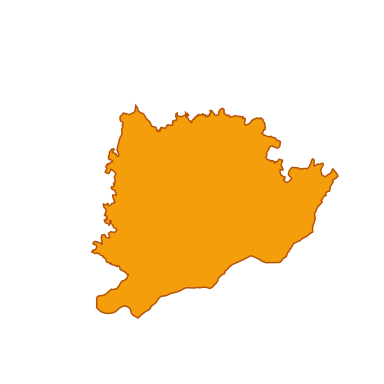 Bougouriba, Bougouriba, Burkina Faso (Albers equal-area conic projection), rotated 333°
{"feature_id": "67063806B9563364372336", "entity_name": "Bougouriba", "entity_type": "district", "adm_level": 2, "iso_a3": "BFA", "parent_name": "Burkina Faso", "parent_adm1": "Bougouriba", "projection": "albers", "projection_center": [-3.423, 10.888], "detail": "fine", "context": "isolated", "style": "filled", "palette": "amber", "viewbox_px": 384, "rotation_deg": 333, "n_neighbors": 0, "source": "geoboundaries", "source_scale": "gbopen_adm2", "svg_char_len": 6072}
<svg xmlns="http://www.w3.org/2000/svg" viewBox="0 0 384 384"><g transform="rotate(333 192 192)"><path d="M181.2,89.4L178.0,94.0L176.6,94.6L171.3,94.7L166.8,90.5L164.1,91.7L162.4,91.9L160.7,94.9L160.7,96.6L161.7,97.9L161.7,99.7L160.0,101.1L160.1,102.5L157.9,104.3L155.7,108.8L151.9,111.5L144.2,120.4L144.4,121.0L143.6,125.8L142.8,126.6L141.8,126.5L141.4,123.3L139.2,120.3L139.5,119.8L140.9,119.5L142.0,118.6L141.3,117.6L139.6,117.4L136.5,119.2L135.5,120.9L133.7,122.5L132.7,124.4L133.3,125.7L134.9,126.9L135.4,128.3L135.1,128.8L133.6,128.5L131.0,129.2L129.7,128.7L129.4,129.7L128.7,128.9L126.7,130.3L127.1,132.3L123.7,134.8L123.8,135.4L125.8,137.6L126.3,137.6L128.0,136.4L128.7,136.4L129.9,134.9L130.4,135.0L132.3,139.4L132.3,141.3L129.5,143.6L128.7,147.5L125.8,148.9L125.5,150.3L126.1,150.3L125.1,151.2L123.2,151.6L122.5,150.8L122.1,151.1L121.9,153.0L124.3,155.8L123.6,156.9L123.7,159.0L123.1,160.4L120.2,158.7L119.9,158.8L119.3,159.8L118.9,162.7L119.1,163.9L118.4,165.0L118.8,165.9L117.9,166.4L115.5,165.8L114.4,166.5L111.9,166.7L111.5,166.0L111.9,164.3L111.6,163.9L109.1,164.2L107.7,162.5L106.9,164.2L106.7,165.9L107.4,167.7L107.4,169.3L103.4,173.2L104.8,173.8L104.8,175.6L104.2,175.6L103.8,176.1L104.4,177.4L104.2,177.9L102.8,178.1L101.7,177.0L101.3,177.0L100.9,177.7L100.9,180.2L102.8,182.1L103.1,183.9L104.9,182.5L105.6,180.2L106.8,180.7L105.8,182.6L106.0,184.8L106.7,185.9L106.0,187.2L106.0,188.0L108.1,190.9L107.5,192.0L104.9,192.8L104.1,192.6L101.8,190.6L98.7,191.0L98.3,194.6L97.8,195.2L96.9,195.1L94.7,193.2L95.0,190.9L94.5,190.2L92.5,189.4L91.1,190.3L89.4,194.1L88.6,197.3L87.8,197.6L87.6,196.5L85.1,193.6L83.3,192.0L81.6,191.9L80.3,193.2L81.3,194.7L82.4,195.3L82.3,197.5L81.7,198.2L79.6,199.7L77.1,198.8L75.5,199.9L76.9,201.1L76.9,202.0L77.9,202.9L79.7,203.3L81.3,205.1L82.1,207.1L83.6,208.4L83.2,209.7L84.7,211.8L84.2,215.7L86.9,218.3L85.6,218.3L87.3,219.0L87.4,220.0L87.9,220.7L89.3,221.5L91.6,224.5L92.5,224.0L93.3,224.4L93.4,226.5L92.9,228.3L96.1,233.1L96.7,235.3L97.9,236.8L97.4,237.3L96.6,237.4L94.8,239.5L90.6,240.0L89.6,239.6L88.7,239.8L87.0,240.5L84.3,242.8L83.0,242.8L81.3,244.0L77.3,243.1L75.9,242.0L68.3,243.9L65.6,243.6L61.5,242.2L60.2,242.3L58.7,243.7L54.6,251.7L54.9,253.3L56.7,257.6L59.6,260.5L63.0,262.6L66.9,263.7L69.2,263.9L74.8,262.6L77.6,262.4L78.9,262.4L81.7,263.9L84.0,267.9L83.0,272.5L83.5,275.0L86.7,279.8L92.2,278.2L97.4,277.3L98.8,277.6L99.9,277.0L101.0,277.3L102.1,276.8L103.4,275.4L109.6,274.2L114.8,271.4L116.4,270.9L122.4,272.6L126.7,272.7L132.0,274.0L137.1,274.6L141.5,274.4L144.1,275.0L150.6,278.7L152.4,279.0L156.0,281.1L157.7,281.5L161.5,283.4L164.0,286.0L166.5,286.1L172.9,283.9L175.0,282.6L175.8,281.4L177.3,280.3L182.3,279.1L183.1,279.6L183.9,279.5L185.7,277.5L187.6,277.2L191.9,275.5L193.6,275.4L194.5,275.0L209.5,275.6L214.2,275.4L215.5,275.6L217.0,276.8L221.4,282.5L222.8,285.2L225.6,288.4L237.2,294.2L239.0,294.6L243.8,292.4L246.4,292.6L249.8,289.3L251.0,289.2L253.7,287.3L254.8,287.0L259.0,284.0L266.5,284.3L268.9,283.6L274.0,283.6L278.2,282.6L281.4,282.4L283.5,278.0L289.7,271.8L291.4,266.7L292.9,266.1L294.3,264.5L297.5,262.2L303.0,260.3L303.0,259.9L303.6,259.5L303.4,258.2L306.7,256.3L307.5,255.8L309.9,255.9L309.7,254.8L310.4,254.0L312.5,253.1L314.8,253.6L316.4,251.9L317.4,250.2L322.4,247.0L323.2,245.2L327.2,245.0L328.0,244.3L329.2,244.2L329.4,242.1L328.1,235.6L327.7,235.4L325.0,237.6L323.4,238.3L321.1,238.3L318.2,239.0L316.1,237.1L315.5,235.2L316.4,231.5L318.4,229.2L320.8,227.8L321.6,226.8L321.7,226.0L321.3,225.6L320.2,225.3L318.4,225.4L317.3,224.5L315.8,224.1L313.8,224.5L312.9,224.3L312.7,223.9L313.2,222.7L315.0,219.9L315.3,218.9L314.8,217.4L313.6,217.6L308.9,222.1L305.6,223.6L302.9,222.1L298.0,220.2L297.8,218.9L292.5,215.6L291.8,215.5L288.0,217.5L286.0,219.9L285.8,221.5L287.1,223.9L286.6,225.6L282.6,226.7L280.4,226.3L279.3,224.1L279.1,222.5L280.1,222.6L281.0,222.1L281.7,220.7L280.9,220.5L279.1,217.5L278.9,216.7L279.9,213.4L280.8,212.1L282.9,213.7L283.4,213.0L283.5,209.0L284.7,207.2L286.6,205.7L287.0,204.7L284.4,202.4L281.8,203.6L280.4,203.1L279.2,203.9L278.8,203.6L279.4,202.7L278.0,200.7L277.6,200.5L276.8,201.0L276.2,199.3L274.9,198.4L273.3,196.1L273.5,195.0L275.8,192.6L275.8,191.5L278.0,189.6L279.1,189.4L281.5,187.1L282.9,187.0L284.4,187.5L287.6,191.4L288.5,191.7L289.7,191.6L291.2,190.9L293.7,187.2L291.2,184.1L290.6,181.5L288.4,179.7L287.6,178.1L286.3,178.1L284.6,176.9L281.7,173.4L280.8,171.6L282.9,170.6L284.3,169.0L285.5,169.5L287.0,166.8L287.1,165.3L287.8,164.4L288.1,163.3L287.5,161.8L288.1,159.7L287.7,158.3L286.4,157.0L286.0,157.5L285.3,157.4L283.6,155.5L281.8,155.6L279.9,155.0L279.2,155.6L277.6,155.4L275.8,156.7L270.7,157.2L269.6,155.7L270.3,154.2L272.5,151.5L272.6,150.3L271.7,150.3L271.5,149.6L270.6,149.5L271.5,147.9L270.4,147.5L264.4,143.3L262.4,143.6L260.5,142.7L259.8,142.2L260.1,140.7L259.0,139.9L257.5,139.6L256.5,135.7L257.9,133.6L257.5,131.6L256.3,131.2L254.2,131.4L252.5,132.7L250.7,135.2L249.8,135.2L247.0,133.7L247.2,132.5L246.8,131.0L246.7,128.7L245.8,127.9L245.3,127.6L244.8,127.9L244.7,130.4L243.3,130.2L242.4,131.9L241.2,131.0L241.2,131.7L240.2,131.9L238.7,131.1L239.0,130.6L238.2,129.9L238.7,129.3L237.0,128.8L237.5,127.6L237.0,127.2L235.9,127.6L234.8,127.3L233.4,126.1L232.3,126.8L232.0,126.1L231.4,126.3L231.0,126.9L229.9,126.4L228.6,127.2L228.0,127.0L227.4,128.2L226.2,127.8L224.4,128.5L223.7,129.7L222.6,129.7L222.7,127.9L221.8,127.0L221.9,124.8L220.9,122.0L221.1,121.4L223.1,122.4L223.8,122.1L223.7,120.4L223.5,120.0L222.7,120.6L222.3,118.5L221.8,119.7L220.9,120.2L217.7,120.3L216.3,119.9L214.6,118.4L213.5,116.5L213.6,115.9L214.6,115.4L214.7,114.9L213.5,115.0L212.6,115.8L212.3,117.0L211.7,117.5L211.9,119.7L211.5,120.3L210.1,121.0L209.6,120.3L207.1,120.1L205.0,123.5L204.5,123.7L203.9,123.0L201.9,122.3L201.3,121.2L200.7,121.0L197.2,123.2L195.1,121.5L194.9,121.0L193.5,120.5L193.2,121.6L192.6,121.2L191.4,123.1L189.5,122.9L190.3,121.8L188.7,121.5L188.6,120.6L189.4,118.5L188.3,117.1L186.1,115.3L185.9,114.7L186.3,110.5L184.6,105.9L184.3,100.3L181.8,97.4L180.7,95.0L181.6,92.9L181.2,89.4Z" fill="#f59e0b" stroke="#b45309" stroke-width="1.5"/></g></svg>